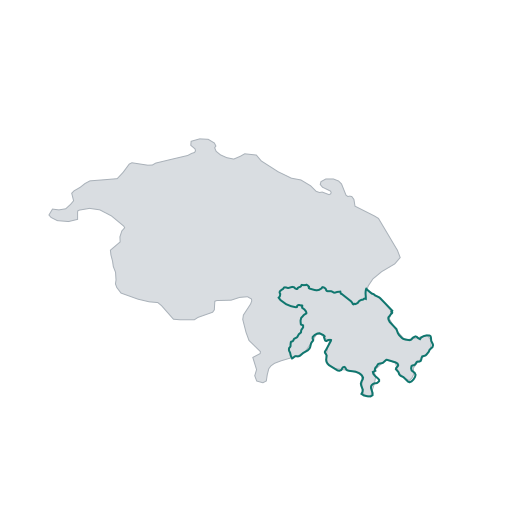 where Graubünden sits in Switzerland, rotated 31°
{"feature_id": "CHE-170", "entity_name": "Graubünden", "entity_type": "Canton", "adm_level": 1, "iso_a3": "CHE", "parent_name": "Switzerland", "parent_adm1": "", "projection": "robinson", "projection_center": [9.485, 46.618], "detail": "fine", "context": "in_parent", "style": "outline", "palette": "teal", "viewbox_px": 512, "rotation_deg": 31, "n_neighbors": 0, "source": "natural_earth", "source_scale": "10m", "svg_char_len": 6924}
<svg xmlns="http://www.w3.org/2000/svg" viewBox="0 0 512 512"><g transform="rotate(31 256 256)"><path d="M371.5,176.8L374.2,178.2L380.4,183.1L379.0,191.3L371.8,204.6L368.0,215.4L367.6,223.6L368.3,227.5L369.6,227.5L376.5,228.1L379.9,228.0L390.9,230.3L399.8,233.5L401.5,237.0L402.6,241.2L413.1,246.9L425.2,250.7L429.2,249.5L444.1,236.0L449.9,238.3L453.4,245.4L453.3,249.2L449.2,263.5L448.6,271.1L452.1,276.2L452.5,280.2L451.5,283.8L445.5,284.1L437.5,282.1L430.7,276.0L425.6,276.7L421.2,278.3L418.9,284.1L416.9,291.1L417.6,295.0L420.8,298.0L423.2,304.3L425.1,312.5L426.4,316.3L424.9,318.0L420.7,319.1L417.2,318.0L411.1,308.2L408.2,304.4L403.4,303.8L394.8,306.2L381.7,311.7L376.4,311.6L371.9,310.5L367.7,305.9L364.2,296.8L363.0,291.2L360.5,291.4L352.1,289.7L348.2,292.0L348.2,301.2L347.4,312.7L343.2,320.1L331.5,332.9L327.1,338.5L325.4,342.5L325.0,346.0L326.8,352.0L329.2,357.8L327.2,361.1L321.0,362.8L316.6,359.3L315.0,353.1L305.5,344.6L309.8,337.5L309.1,335.7L293.5,332.0L286.8,326.6L277.3,317.2L275.6,313.1L276.1,299.9L275.5,296.7L274.3,295.2L269.7,295.3L263.3,299.9L257.4,306.7L245.3,314.4L244.0,316.0L248.0,323.6L247.8,326.5L237.9,338.5L236.0,342.4L223.5,349.9L217.8,352.7L200.5,347.2L195.8,346.5L188.0,350.3L177.0,353.8L159.4,357.3L152.9,354.7L149.9,352.3L148.4,348.7L144.0,342.3L139.1,338.5L135.7,334.3L131.1,329.8L128.2,326.0L132.3,313.9L129.5,309.7L128.1,303.6L128.9,299.5L127.3,298.5L111.5,296.1L98.3,296.9L88.8,300.9L81.0,307.6L80.0,309.1L80.5,310.3L84.2,316.5L77.6,323.0L67.5,328.0L60.5,328.5L57.4,327.5L57.4,320.6L63.3,318.0L68.6,313.5L70.5,307.1L71.2,302.6L65.7,297.1L66.5,293.8L70.0,287.5L72.1,281.9L75.0,277.1L86.1,269.2L97.2,261.2L99.0,252.8L100.0,242.5L101.6,240.0L116.5,233.9L120.3,231.4L122.2,228.0L134.0,216.4L145.7,205.0L148.0,201.2L150.0,198.9L150.0,197.1L148.6,195.6L143.1,194.7L141.3,191.1L147.4,184.6L154.9,180.6L162.1,180.6L165.0,182.4L164.8,184.5L167.9,186.8L173.4,187.6L180.2,186.8L187.0,184.4L191.2,178.6L193.7,174.2L204.3,169.3L211.5,171.8L231.5,172.4L246.2,171.1L255.3,167.7L266.7,167.7L274.3,169.6L275.6,169.3L277.7,168.9L279.8,167.1L287.0,165.8L288.0,164.3L287.7,162.8L286.4,162.0L277.6,162.8L274.2,161.6L273.4,158.8L276.2,154.0L282.7,150.1L288.2,149.2L292.2,150.2L301.8,157.5L304.1,157.7L305.5,156.4L307.5,155.7L310.8,157.1L314.6,161.6L315.2,162.3L336.8,160.7L341.6,160.7L356.3,168.6L371.5,176.8Z" fill="#d9dde1" stroke="#a8b0b8" stroke-width="1"/><path d="M345.1,318.8L344.3,319.9L343.3,320.7L342.2,321.1L341.2,321.7L340.7,322.8L340.3,324.1L339.7,325.2L337.6,323.9L336.8,323.2L335.0,321.3L333.5,320.4L332.9,319.9L332.2,318.9L332.0,318.4L331.8,317.8L332.1,316.4L332.0,315.8L332.0,315.4L331.1,313.9L330.4,312.3L330.2,311.8L330.3,311.3L331.0,310.6L331.4,309.9L331.5,309.3L331.4,308.6L331.3,307.9L331.4,307.2L332.8,305.0L333.1,304.2L333.0,300.9L333.4,300.0L333.7,298.9L333.9,298.5L333.8,298.0L333.4,297.3L333.1,296.5L332.9,295.6L333.1,294.4L333.1,293.5L333.1,292.8L332.1,291.2L330.8,291.4L330.4,291.5L330.2,291.6L329.6,291.4L328.6,290.1L327.7,288.8L327.4,288.3L327.2,287.7L326.6,285.6L326.7,285.2L326.8,284.8L327.0,284.2L327.2,282.9L327.3,282.2L327.6,281.4L327.9,280.8L328.5,279.7L328.7,279.3L328.6,278.9L328.4,278.7L327.3,277.7L326.3,277.4L325.6,277.1L325.2,276.9L322.2,276.6L321.8,276.0L321.5,275.5L321.4,274.9L321.2,274.7L320.7,274.7L320.0,275.3L319.1,275.5L318.4,275.7L317.8,276.0L317.2,276.8L317.0,277.4L317.1,277.9L317.3,278.2L317.4,278.5L317.2,278.9L316.3,279.5L311.8,281.0L306.6,281.8L299.8,281.2L296.9,280.1L297.2,278.6L297.0,277.7L296.5,276.4L296.3,276.0L295.9,275.8L295.6,275.6L295.3,275.4L295.0,275.1L294.8,274.6L294.7,274.0L294.8,273.4L295.4,271.7L296.1,270.4L296.2,269.9L296.2,269.4L296.2,269.1L296.2,268.8L296.5,268.3L297.1,267.9L298.5,267.3L299.4,267.2L300.3,266.7L302.3,264.5L303.2,263.7L304.8,263.2L306.1,263.6L306.4,263.6L307.8,263.4L308.1,263.2L308.4,262.8L308.3,261.8L308.3,261.7L309.1,260.4L309.9,259.5L310.1,258.6L310.0,257.3L310.3,257.1L310.9,256.9L311.5,256.7L312.1,256.2L313.1,255.7L314.1,254.6L315.9,254.7L316.8,255.0L317.2,255.0L317.4,255.3L317.6,256.1L317.9,256.3L318.8,256.3L323.6,255.0L325.6,254.2L326.9,253.1L327.6,252.4L328.0,251.6L328.2,251.1L328.5,250.7L328.7,250.3L328.9,249.9L328.8,249.1L328.9,248.7L329.1,248.4L329.7,248.2L330.6,248.0L332.0,248.1L332.9,248.4L333.5,248.8L333.9,249.3L334.6,249.5L335.5,249.3L338.5,247.5L339.8,247.3L341.5,247.3L342.2,247.0L342.6,246.7L344.1,245.0L346.6,243.1L348.0,244.5L348.3,244.6L348.8,244.6L349.1,244.4L360.9,245.9L362.7,246.6L363.7,247.3L364.3,247.3L364.6,247.2L364.9,246.3L366.0,246.0L367.1,244.3L367.4,243.7L367.5,243.1L367.4,242.6L367.7,241.3L368.2,240.4L368.8,239.5L369.2,239.0L370.0,238.5L370.3,238.0L370.6,237.0L371.0,236.6L371.5,236.3L372.2,236.2L371.7,235.3L369.0,231.4L368.1,229.6L367.4,227.8L367.4,227.3L369.4,227.8L372.3,228.3L374.7,228.6L376.5,228.1L378.2,228.5L382.8,228.0L384.3,228.2L400.9,232.7L400.7,233.9L401.1,234.2L401.7,234.1L402.0,234.5L402.0,235.1L401.6,236.2L401.4,238.8L401.1,239.9L401.3,241.0L402.4,242.3L404.6,243.7L414.0,246.3L417.4,249.1L419.4,250.1L423.2,251.1L424.4,251.2L425.0,251.2L427.3,250.6L431.1,249.0L432.0,247.9L432.3,247.0L432.3,246.1L432.8,244.7L434.1,242.8L435.5,242.5L437.2,242.9L439.4,242.8L439.5,240.8L441.0,238.3L443.2,236.1L445.7,234.8L446.2,234.8L446.7,234.8L447.2,235.1L448.1,236.0L449.9,238.5L453.0,240.5L453.7,241.3L454.2,243.2L453.1,246.9L453.4,249.2L452.9,252.8L452.6,253.8L452.1,254.5L450.2,256.4L450.4,258.1L451.0,259.7L451.2,261.2L450.2,262.6L448.7,263.4L448.3,264.4L448.4,265.6L448.2,267.2L447.4,268.5L446.4,269.3L446.0,270.3L446.8,272.4L448.4,274.0L452.1,274.4L454.0,275.7L454.6,277.8L454.6,280.6L453.9,283.4L453.4,284.1L452.7,285.1L451.1,285.4L444.8,283.9L441.7,284.2L440.6,284.0L439.6,283.6L439.0,283.1L438.5,282.6L437.8,282.1L434.2,281.0L433.8,279.8L434.3,277.5L434.1,276.3L432.7,275.3L430.4,275.3L422.1,277.4L421.2,277.8L420.9,278.6L419.8,282.2L419.1,283.0L417.2,284.7L416.4,285.6L416.3,286.4L416.3,288.8L415.9,290.0L416.0,291.0L416.2,291.8L416.6,292.4L417.4,292.9L415.9,295.2L417.3,296.6L419.8,297.5L423.8,298.2L425.3,298.7L426.0,299.9L425.3,302.3L424.7,303.0L422.8,304.5L422.2,305.5L421.7,307.0L421.7,308.0L422.0,309.0L422.8,310.2L426.5,313.4L427.6,315.3L426.5,317.4L424.0,318.8L420.3,320.0L417.4,319.9L417.3,317.5L416.4,315.6L412.9,312.9L411.6,311.4L411.0,309.0L411.0,306.8L410.4,305.1L408.2,303.8L406.4,303.4L404.6,303.3L400.8,303.9L394.9,306.5L393.1,307.0L391.9,306.8L389.8,305.6L388.8,305.6L387.9,306.6L387.7,307.8L387.9,309.1L387.8,309.9L386.5,311.5L384.8,312.1L374.7,312.0L372.6,311.4L370.8,310.3L369.6,308.9L367.9,305.0L367.1,304.4L365.1,303.5L364.5,302.9L364.3,302.3L364.4,300.7L363.9,290.1L363.6,289.4L362.9,289.6L361.5,290.5L360.9,291.2L360.6,292.0L360.2,292.6L359.2,292.9L358.6,292.7L356.3,290.8L356.2,289.5L354.5,289.1L350.2,289.5L348.5,290.9L347.0,293.5L346.3,296.2L347.1,297.7L348.3,298.4L348.5,299.5L348.2,300.9L348.2,302.5L349.4,306.4L349.5,307.8L349.0,310.2L346.4,314.8L345.1,318.8Z" fill="none" stroke="#0f766e" stroke-width="2"/></g></svg>